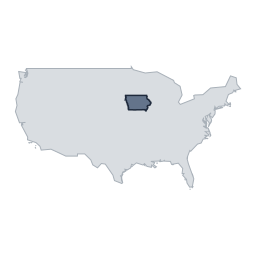 where Iowa sits in United States of America
{"feature_id": "USA-3529", "entity_name": "Iowa", "entity_type": "State", "adm_level": 1, "iso_a3": "USA", "parent_name": "United States of America", "parent_adm1": "", "projection": "natural_earth1", "projection_center": [-94.248, 41.94], "detail": "fine", "context": "in_parent", "style": "filled", "palette": "slate", "viewbox_px": 256, "rotation_deg": 0, "n_neighbors": 0, "source": "natural_earth", "source_scale": "10m", "svg_char_len": 6300}
<svg xmlns="http://www.w3.org/2000/svg" viewBox="0 0 256 256"><path d="M210.6,88.0L225.4,86.6L230.5,75.9L236.2,77.8L237.0,84.4L240.6,88.8L235.1,90.4L234.9,91.6L233.9,90.1L232.7,92.7L228.4,94.5L226.0,101.2L228.7,104.0L230.3,103.7L229.8,102.4L230.4,103.0L230.6,104.4L225.9,105.3L224.9,103.8L224.5,105.9L219.0,106.3L215.0,109.0L215.4,107.5L214.9,106.5L214.0,110.1L215.2,110.7L215.0,113.8L212.4,117.7L209.3,115.3L211.0,112.8L209.0,114.5L210.0,117.3L211.3,118.8L211.6,120.6L208.4,126.9L209.3,122.9L206.3,119.2L207.9,115.2L205.2,116.4L206.5,122.3L203.8,120.5L202.8,120.7L203.6,118.8L203.5,118.3L202.7,119.7L202.7,120.9L206.9,123.2L206.0,124.3L204.1,122.2L203.4,121.9L205.8,124.4L206.8,124.8L206.3,126.3L205.0,125.2L207.0,127.4L206.6,127.7L205.6,126.6L203.1,126.1L206.3,128.2L208.2,128.1L210.4,133.6L208.5,129.4L209.2,132.1L205.4,131.6L208.2,134.3L209.5,133.5L208.0,135.9L204.4,135.1L206.6,136.4L204.8,137.6L207.0,138.5L203.1,139.1L201.2,143.0L197.5,144.1L190.7,151.3L189.8,150.5L187.3,157.1L187.1,158.8L188.4,163.8L193.8,178.8L192.3,186.7L189.7,187.2L187.0,183.0L186.5,179.4L182.7,175.3L183.9,173.5L182.1,173.6L182.7,168.4L178.3,163.2L171.6,164.4L170.4,161.4L163.8,161.1L164.6,159.9L163.5,161.1L160.5,161.6L160.4,159.3L159.9,161.0L150.9,161.4L154.7,162.6L153.4,164.7L156.4,166.8L154.9,167.9L151.6,165.1L151.4,167.3L147.0,166.4L144.5,163.6L143.0,165.0L136.4,162.9L132.6,165.9L133.6,165.1L131.6,164.3L130.5,168.0L126.5,170.4L127.5,169.7L124.9,169.3L125.8,170.5L122.7,172.1L121.5,176.2L120.1,175.6L121.3,176.7L121.5,180.4L122.7,182.7L121.8,183.5L114.5,180.6L112.9,175.1L105.3,164.1L101.4,163.5L97.5,167.8L92.8,164.9L90.8,159.9L84.7,153.9L77.5,153.9L77.4,156.1L65.8,156.1L51.0,149.2L41.2,150.1L40.0,146.3L36.0,142.6L27.5,139.8L27.7,137.1L21.3,125.0L21.6,123.7L23.0,125.3L22.3,122.7L25.5,122.4L19.5,122.8L15.4,111.5L17.0,105.5L15.9,98.8L17.9,94.4L20.1,82.0L23.0,82.3L19.8,81.7L21.1,78.4L19.9,78.4L18.7,71.5L25.9,72.6L24.1,76.3L26.7,73.7L26.1,76.7L24.3,77.5L25.6,77.6L27.1,76.4L27.9,73.2L26.4,68.5L131.3,68.5L131.3,66.7L133.3,69.7L145.2,73.0L157.1,71.8L173.6,80.4L174.4,82.7L180.1,86.3L182.1,95.0L178.4,102.1L180.3,104.4L194.4,98.8L193.7,95.5L195.0,95.0L202.9,94.7L210.6,88.0ZM220.8,107.8L223.1,107.5L214.9,109.6L221.6,107.0L220.8,107.8ZM26.6,71.4L27.4,73.4L27.3,73.7L26.1,72.2L26.6,71.4ZM122.6,182.1L121.6,178.8L121.7,176.9L121.8,178.9L122.6,182.1ZM235.7,90.7L235.8,91.7L235.4,91.5L235.7,90.7ZM144.5,164.6L144.7,165.4L144.0,164.8L144.5,164.6ZM30.7,142.9L31.7,142.5L31.8,142.6L30.7,142.9ZM29.7,142.6L29.2,143.1L28.9,142.7L29.7,142.6ZM228.1,105.5L227.4,106.1L228.1,105.5ZM122.3,175.1L121.7,176.6L123.1,173.7L122.3,175.1ZM192.3,173.9L193.3,176.8L192.1,173.6L192.3,173.9ZM35.6,145.3L36.0,146.1L35.6,145.4L35.6,145.3ZM192.7,187.2L191.9,188.1L193.2,186.1L192.7,187.2ZM210.8,135.5L209.9,136.6L210.5,133.9L210.8,135.5ZM25.8,69.8L25.7,70.4L25.4,70.1L25.8,69.8ZM125.8,171.1L124.4,171.8L125.8,170.9L125.8,171.1ZM230.4,105.8L230.4,106.5L229.6,106.3L230.4,105.8ZM35.5,147.6L35.8,148.5L35.3,147.7L35.5,147.6ZM124.0,172.4L123.4,172.8L123.9,172.2L124.0,172.4ZM211.3,121.8L210.4,123.3L211.4,121.2L211.3,121.8ZM132.2,166.5L131.3,167.1L132.6,166.1L132.2,166.5ZM187.5,157.9L187.4,159.1L187.2,158.3L187.5,157.9ZM207.4,138.7L207.0,138.9L207.9,138.0L207.4,138.7ZM174.0,164.1L172.9,164.8L172.5,164.6L174.0,164.1ZM160.0,161.4L159.8,161.6L159.2,161.6L160.0,161.4ZM185.2,179.5L185.4,180.4L185.0,179.4L185.2,179.5ZM157.2,163.1L157.0,163.9L156.9,162.5L157.2,163.1ZM190.2,189.3L189.6,189.3L190.5,189.1L190.2,189.3ZM214.8,114.3L214.4,115.1L214.9,114.0L214.8,114.3ZM209.3,136.8L208.9,137.1L209.3,136.8Z" fill="#d9dde1" stroke="#a8b0b8" stroke-width="1"/><path d="M125.7,96.4L125.8,96.4L125.8,96.2L125.8,95.9L125.7,95.8L125.6,95.7L125.6,95.4L126.1,95.4L127.4,95.4L128.7,95.4L129.9,95.4L131.2,95.4L132.5,95.4L133.8,95.4L136.3,95.4L137.6,95.4L138.8,95.4L140.1,95.4L141.4,95.4L142.7,95.4L143.9,95.4L145.2,95.4L146.5,95.4L146.5,95.5L146.6,95.8L146.6,96.0L147.0,96.2L147.1,96.3L147.1,96.5L146.9,96.9L146.8,97.0L146.8,97.4L146.9,97.6L146.9,97.8L146.9,98.1L147.0,98.3L147.1,98.5L147.2,98.8L147.3,99.1L147.5,99.2L147.6,99.3L148.3,99.4L148.5,99.5L148.8,99.8L148.9,100.0L149.0,100.1L148.9,100.3L149.0,100.5L149.3,100.7L149.6,100.9L149.8,101.0L149.8,101.5L150.0,101.7L150.1,101.8L150.5,102.0L150.8,102.2L150.8,102.3L150.9,102.6L150.9,102.9L150.8,103.1L150.8,103.4L150.8,103.6L150.7,103.7L150.6,103.8L150.4,103.9L150.4,104.0L150.2,104.1L150.2,104.3L150.1,104.5L150.1,104.8L149.9,104.9L149.9,105.0L149.6,105.1L149.2,105.2L149.0,105.4L148.9,105.5L148.7,105.5L147.6,105.6L147.4,105.9L147.3,106.1L147.2,106.3L147.2,106.5L147.3,106.8L147.6,107.0L147.8,107.4L147.8,107.6L147.8,107.8L147.7,108.0L147.4,108.5L147.2,108.6L147.2,108.9L147.2,109.0L147.0,109.4L146.9,109.5L146.7,109.5L146.4,109.6L146.1,109.8L146.0,110.0L146.2,110.3L146.1,110.5L146.1,110.8L145.9,110.8L145.7,110.8L145.7,110.7L145.5,110.4L145.4,110.4L145.3,110.2L145.2,110.2L144.9,110.0L144.9,109.9L144.8,109.7L144.7,109.7L144.3,109.7L143.9,109.7L143.5,109.7L142.3,109.7L141.5,109.8L140.8,109.8L139.3,109.8L138.4,109.8L137.9,109.8L137.5,109.8L137.0,109.8L136.6,109.8L136.1,109.9L135.7,109.9L135.2,109.9L134.3,109.9L133.8,109.9L133.4,109.9L132.5,109.8L132.1,109.8L131.6,109.8L131.2,109.8L130.3,109.8L129.9,109.8L129.5,109.8L129.1,109.8L128.8,109.7L128.7,109.7L128.7,109.4L128.4,109.3L128.4,109.2L128.4,108.9L128.5,108.8L128.5,108.7L128.4,108.6L128.5,108.5L128.5,108.4L128.5,108.2L128.4,108.0L128.5,107.9L128.4,107.8L128.4,107.7L128.3,107.4L128.4,107.2L128.3,106.9L128.2,106.8L128.1,106.7L128.2,106.4L128.3,106.3L128.3,106.2L128.2,106.2L128.1,105.8L128.1,105.7L128.1,105.4L127.9,105.4L127.8,105.2L127.7,105.0L127.5,104.9L127.5,104.7L127.4,104.5L127.4,104.3L127.5,104.3L127.5,104.2L127.6,103.9L127.6,103.7L127.3,103.5L127.3,103.4L127.2,103.3L127.2,103.2L127.3,103.1L127.2,102.9L127.1,102.7L126.9,102.7L126.8,102.4L126.8,102.2L126.7,102.1L126.5,101.9L126.5,101.7L126.5,101.4L126.5,101.2L126.4,101.2L126.3,100.8L126.4,100.5L126.3,100.3L126.2,100.3L126.0,100.2L125.9,100.0L125.9,99.9L125.8,99.7L125.7,99.7L125.8,99.6L125.7,99.5L125.5,99.3L125.4,99.2L125.4,98.9L125.5,98.8L125.5,98.7L125.7,98.4L125.8,98.4L125.8,98.2L125.9,97.9L125.9,97.7L126.0,97.5L126.1,97.4L126.1,97.2L126.0,96.9L125.9,96.8L125.8,96.7L125.7,96.8L125.7,96.7L125.6,96.4L125.7,96.4Z" fill="#64748b" stroke="#1e293b" stroke-width="1.5"/></svg>